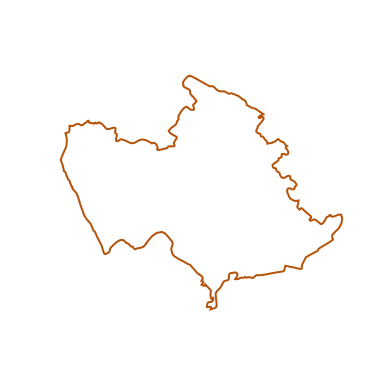 outline of Michoacán, rotated 45°
{"feature_id": "MEX-2720", "entity_name": "Michoacán", "entity_type": "State", "adm_level": 1, "iso_a3": "MEX", "parent_name": "Mexico", "parent_adm1": "", "projection": "robinson", "projection_center": [-101.77, 19.16], "detail": "fine", "context": "isolated", "style": "outline", "palette": "amber", "viewbox_px": 384, "rotation_deg": 45, "n_neighbors": 0, "source": "natural_earth", "source_scale": "10m", "svg_char_len": 6050}
<svg xmlns="http://www.w3.org/2000/svg" viewBox="0 0 384 384"><g transform="rotate(45 192 192)"><path d="M174.6,297.1L174.1,297.5L173.0,297.5L170.2,296.1L165.8,293.7L156.0,290.6L152.0,288.9L149.1,288.7L143.0,286.2L136.1,285.6L132.3,284.7L122.2,280.0L115.3,276.3L111.5,274.6L104.9,274.1L104.0,272.9L102.9,273.3L96.9,270.5L95.6,270.7L91.7,269.2L90.5,268.4L87.9,267.4L86.6,267.8L85.3,266.8L82.0,264.7L76.5,262.1L74.7,258.5L70.9,248.6L68.2,245.3L67.6,244.8L66.9,243.9L64.5,242.0L62.2,240.5L61.2,240.2L60.9,239.4L62.7,237.1L61.7,234.9L58.6,231.8L60.3,230.5L61.1,229.6L61.6,228.2L62.1,226.1L62.6,225.1L63.3,224.3L64.3,223.8L65.3,223.6L66.3,223.3L67.1,222.3L67.4,221.2L67.6,219.0L68.1,217.5L67.9,215.9L68.0,215.4L68.2,215.0L68.6,214.7L70.2,215.6L70.8,215.4L72.2,214.1L74.7,212.7L74.5,211.6L74.6,211.2L75.0,211.1L75.9,211.0L76.3,210.8L76.6,209.8L76.8,208.8L77.2,208.2L78.1,208.4L79.1,207.9L80.1,207.6L82.3,207.6L86.6,207.8L87.7,207.4L88.4,206.6L89.3,205.3L90.5,202.9L91.5,201.5L92.6,201.0L93.6,201.6L94.5,203.1L95.5,204.4L97.8,204.3L99.0,205.2L99.9,206.9L101.1,208.6L102.4,209.5L103.7,208.3L104.1,205.5L104.4,205.0L108.3,202.8L112.3,201.5L114.3,200.6L115.8,199.2L116.8,197.3L118.1,192.6L119.3,190.5L120.5,189.3L121.9,188.4L123.5,187.7L125.0,187.1L127.8,186.3L128.8,186.2L129.2,186.0L129.9,184.6L130.3,184.1L131.8,183.6L133.5,183.7L135.1,184.3L136.5,185.1L136.8,185.5L137.1,186.5L137.6,186.6L138.7,185.9L139.8,184.4L141.5,181.4L143.2,179.0L143.4,178.4L143.1,177.2L143.1,176.7L143.8,175.5L146.7,172.7L147.0,171.6L146.5,171.2L145.6,170.9L144.8,170.5L144.2,169.5L143.8,168.0L143.1,164.7L142.8,164.3L142.4,164.0L141.9,163.9L138.8,164.9L135.0,165.8L132.2,165.2L132.0,161.5L132.8,156.1L132.7,154.8L131.5,152.7L131.3,150.9L131.0,150.0L130.7,149.6L129.5,148.8L128.9,148.1L128.5,147.1L127.5,143.5L127.2,141.8L127.0,138.5L127.5,135.9L129.2,135.2L131.5,135.2L133.5,134.3L134.4,133.5L135.1,132.4L134.3,131.6L133.4,130.9L131.4,129.9L131.2,129.3L131.3,125.6L131.0,124.7L130.7,124.5L130.3,124.3L129.0,124.4L126.6,123.9L124.6,124.0L121.8,123.9L120.5,123.1L119.5,122.1L118.4,121.5L116.8,121.8L112.9,123.1L111.9,123.2L110.8,123.2L110.0,122.1L109.3,121.9L108.1,120.9L107.5,118.5L107.2,113.7L107.8,111.8L110.0,110.5L112.6,109.6L129.7,104.8L131.7,102.7L133.5,102.2L137.3,102.2L139.4,101.7L141.0,100.7L143.6,98.0L148.3,96.6L149.1,96.0L149.5,94.8L150.5,94.0L156.2,91.6L157.7,91.2L161.2,90.8L163.9,90.1L165.3,89.9L166.0,90.1L168.0,90.9L169.3,91.8L170.1,91.6L171.2,91.0L172.5,90.9L173.7,90.6L178.5,88.1L187.5,86.5L186.3,89.7L186.0,91.5L186.7,92.3L187.8,91.7L188.5,89.3L189.8,88.8L190.9,89.6L191.4,91.5L192.1,99.3L193.1,100.4L193.7,102.4L194.2,103.4L195.0,103.8L196.8,103.8L197.5,103.7L198.4,102.9L199.1,102.7L199.8,102.9L201.3,103.8L202.0,103.7L202.7,102.9L203.4,102.7L206.1,103.3L208.7,103.3L210.0,103.6L211.2,104.5L211.8,103.3L213.8,100.8L214.3,98.8L215.0,97.7L215.2,96.9L215.2,94.4L215.5,93.7L216.0,93.5L218.5,93.4L219.2,93.2L221.3,92.3L222.8,92.2L225.4,92.6L226.8,92.3L226.5,93.4L226.8,94.2L227.3,94.6L229.6,94.8L231.3,95.4L232.6,96.3L233.0,97.8L232.3,99.0L229.6,100.4L228.8,101.6L229.0,102.4L230.0,103.1L230.4,103.7L230.5,104.3L230.1,105.8L229.5,106.7L230.4,108.1L230.7,109.1L230.4,111.5L229.8,114.0L229.9,116.1L231.9,117.3L232.7,117.2L234.1,116.3L234.8,116.0L235.2,116.2L236.3,117.0L236.9,117.2L237.9,117.2L239.7,116.7L240.7,116.8L242.0,117.6L243.5,118.1L245.1,118.2L246.5,117.7L247.5,116.2L248.0,113.9L248.8,112.1L250.5,111.5L251.3,112.4L252.1,113.1L253.0,113.4L255.6,112.4L257.4,112.2L259.3,112.4L260.9,113.0L261.2,113.6L261.2,114.3L260.9,115.7L262.1,117.0L261.8,118.7L260.4,119.5L258.7,120.1L257.5,121.3L257.9,123.4L259.5,124.8L264.7,126.9L265.9,127.1L267.1,127.0L270.0,126.1L271.2,125.4L272.2,124.3L273.4,122.7L274.0,123.8L275.4,125.0L276.5,127.6L277.4,128.3L280.5,128.5L280.6,126.8L280.9,126.0L281.7,125.8L288.4,125.6L291.4,125.2L293.2,125.2L294.3,125.6L294.5,126.5L294.4,127.4L294.5,128.2L295.2,128.7L296.3,128.4L297.4,125.6L298.3,124.6L300.0,124.1L301.8,123.9L305.3,123.7L306.5,122.8L306.5,120.2L305.9,117.2L305.1,115.3L305.1,114.4L305.4,113.5L306.0,112.1L305.7,111.5L305.6,111.1L305.9,110.6L306.4,110.4L308.0,110.7L308.7,110.3L309.4,109.2L310.1,108.1L311.5,104.7L312.2,103.8L313.3,102.6L317.0,104.5L319.8,108.5L321.4,113.4L321.4,122.5L322.2,124.1L323.6,125.1L325.4,125.9L324.7,130.3L321.9,141.4L321.8,142.4L322.3,144.3L322.3,145.2L320.2,151.8L318.7,157.6L321.0,164.7L321.7,166.2L322.6,167.3L323.8,168.6L322.9,169.9L321.1,171.1L319.8,171.8L310.2,178.1L312.4,181.9L312.8,182.8L312.6,183.6L307.6,190.5L301.5,199.5L299.2,202.5L297.4,204.2L296.5,205.2L296.1,206.3L296.0,208.8L295.8,209.8L293.0,211.6L292.1,212.5L291.1,214.1L289.9,214.3L289.5,214.8L289.2,216.0L287.3,218.0L286.7,218.9L286.4,220.5L285.7,221.5L284.2,223.0L283.8,221.1L283.1,219.2L282.1,217.8L280.5,217.7L279.3,218.5L276.5,222.4L276.5,224.0L277.6,225.4L279.0,226.7L279.7,228.1L279.3,229.9L278.4,231.1L277.8,232.3L278.1,234.4L279.3,238.1L279.7,239.9L279.7,244.2L280.0,245.9L280.7,247.3L282.2,248.7L286.1,251.7L289.8,254.9L290.5,256.5L290.1,258.2L288.1,261.8L287.5,260.4L286.7,260.0L286.4,260.1L283.9,262.8L282.4,260.9L281.7,259.7L281.6,258.4L282.1,257.3L282.9,256.7L283.5,255.8L283.6,255.1L283.1,253.0L282.9,252.6L281.6,252.0L281.6,252.3L281.1,253.5L281.1,253.8L280.1,253.4L278.9,252.6L277.8,251.7L275.3,248.6L274.3,248.2L266.5,247.9L267.4,249.2L266.8,249.9L264.4,250.9L263.9,248.8L263.6,247.8L263.2,247.4L261.5,247.7L261.4,247.9L261.1,247.3L261.0,246.0L260.8,245.6L259.1,244.7L257.5,244.7L253.8,245.6L242.0,244.8L240.2,245.8L236.3,246.8L228.6,249.2L224.6,249.9L222.9,249.8L221.3,249.3L218.3,247.5L217.2,246.4L215.3,242.7L214.4,241.7L213.3,241.2L212.1,241.0L204.9,240.4L201.7,240.5L199.0,241.5L195.9,246.0L195.0,251.5L195.4,257.4L196.4,263.2L196.2,265.4L195.4,267.3L193.0,270.8L192.6,272.2L192.2,272.7L191.5,273.0L190.7,273.0L189.3,272.6L188.6,272.7L187.5,273.6L186.5,273.7L184.3,273.5L180.7,274.5L178.0,274.5L177.3,274.6L176.0,275.9L175.4,276.6L175.0,277.4L174.6,278.9L174.1,281.2L173.9,283.7L173.9,288.7L174.3,290.1L175.8,292.7L175.9,293.9L174.6,297.1Z" fill="none" stroke="#b45309" stroke-width="2"/></g></svg>